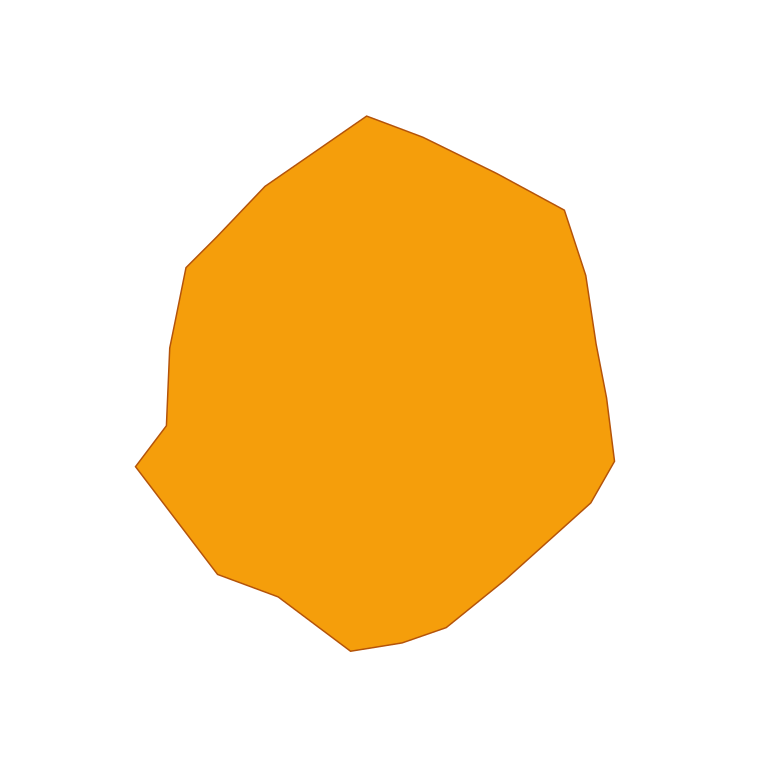 the district of Khankendi City, Stepanakert, Azerbaijan, rotated 230°
{"feature_id": "54616110B15657888815271", "entity_name": "Khankendi City", "entity_type": "district", "adm_level": 2, "iso_a3": "AZE", "parent_name": "Azerbaijan", "parent_adm1": "Stepanakert", "projection": "mercator", "projection_center": [46.797, 39.842], "detail": "fine", "context": "isolated", "style": "filled", "palette": "amber", "viewbox_px": 768, "rotation_deg": 230, "n_neighbors": 0, "source": "geoboundaries", "source_scale": "gbopen_adm2", "svg_char_len": 471}
<svg xmlns="http://www.w3.org/2000/svg" viewBox="0 0 768 768"><g transform="rotate(230 384 384)"><path d="M566.3,264.4L549.3,243.0L491.9,190.5L480.4,140.5L345.1,134.1L288.9,166.1L283.6,167.3L200.8,186.6L174.0,231.5L157.4,275.1L156.1,350.7L160.0,466.0L176.6,510.9L230.2,545.5L278.7,572.4L282.9,575.0L337.4,608.3L401.2,633.9L472.7,605.7L548.0,572.4L600.4,542.9L611.9,419.9L604.2,350.7L600.4,307.1L566.3,264.4Z" fill="#f59e0b" stroke="#b45309" stroke-width="1.5"/></g></svg>